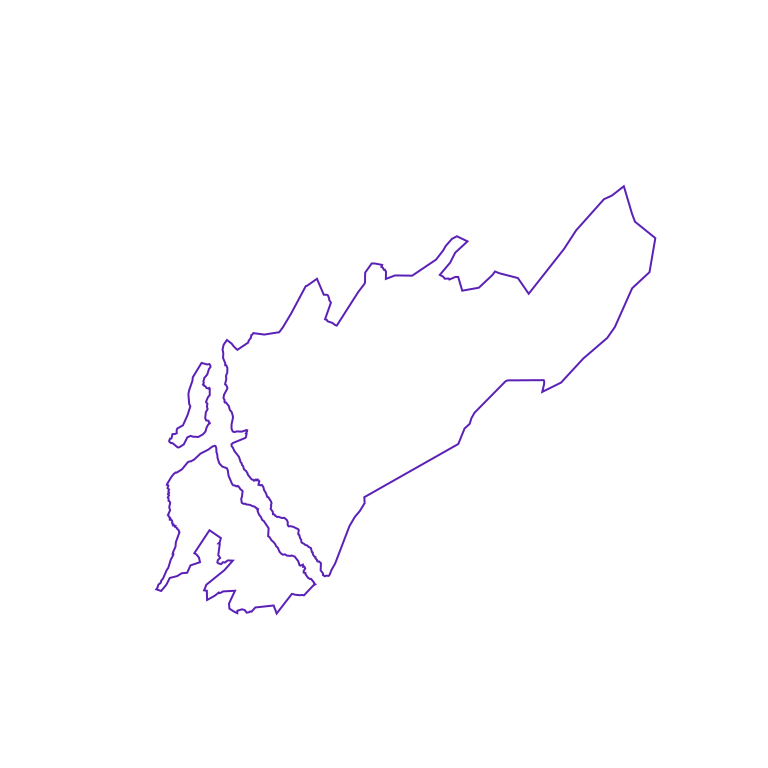 Ullensvang nor, Hordaland, Norway, rotated 302°
{"feature_id": "86288312B73350405058148", "entity_name": "Ullensvang nor", "entity_type": "district", "adm_level": 2, "iso_a3": "NOR", "parent_name": "Norway", "parent_adm1": "Hordaland", "projection": "robinson", "projection_center": [6.658, 60.244], "detail": "fine", "context": "isolated", "style": "outline", "palette": "violet", "viewbox_px": 768, "rotation_deg": 302, "n_neighbors": 0, "source": "geoboundaries", "source_scale": "gbopen_adm2", "svg_char_len": 6161}
<svg xmlns="http://www.w3.org/2000/svg" viewBox="0 0 768 768"><g transform="rotate(302 384 384)"><path d="M338.1,227.5L332.4,227.2L327.7,228.8L325.1,231.3L320.7,233.8L317.6,238.2L315.8,239.4L316.3,240.3L314.6,242.7L310.5,245.1L307.4,245.6L304.3,247.8L299.6,249.3L299.5,250.5L298.2,252.8L297.0,253.6L290.2,254.0L287.0,255.3L286.0,257.2L284.4,258.1L284.0,258.9L284.6,259.7L283.1,264.0L280.2,267.2L279.7,269.3L277.7,271.8L275.8,273.6L268.8,276.2L265.3,278.4L263.8,280.5L263.6,281.5L264.2,282.9L265.9,284.4L268.2,288.6L272.0,291.7L272.2,292.5L271.2,292.8L270.8,293.6L270.9,292.6L269.7,293.4L269.0,292.8L269.3,292.5L268.9,292.8L268.8,293.9L265.9,295.1L264.7,294.9L254.0,287.2L252.2,286.6L250.6,287.6L250.0,289.5L248.0,292.4L245.3,299.7L241.7,303.9L241.4,305.2L240.0,306.7L239.7,308.1L237.5,310.4L237.1,313.2L236.0,315.6L235.2,316.1L233.2,321.4L233.0,322.8L233.5,323.9L233.1,325.0L234.7,325.8L234.4,326.1L235.0,326.6L234.7,326.6L234.9,327.4L235.9,328.5L235.5,329.8L232.0,330.9L232.6,333.0L233.7,333.9L232.8,336.1L230.3,338.8L228.9,341.7L226.3,345.0L226.7,345.9L224.5,350.5L223.0,352.0L221.4,352.2L220.7,353.1L218.1,354.0L216.7,357.4L214.7,358.9L215.3,360.3L214.7,361.3L214.6,363.9L215.4,364.7L216.2,368.3L217.7,370.5L217.1,373.9L215.7,375.7L213.5,376.9L212.7,378.5L213.8,379.9L214.8,382.7L215.4,388.4L214.7,389.3L211.8,390.4L211.0,391.3L211.2,392.0L208.6,394.8L208.1,396.2L205.9,398.0L206.1,400.7L205.8,402.4L206.4,404.7L205.9,406.1L206.1,409.0L203.2,412.0L203.4,412.8L201.8,414.0L200.8,416.3L200.9,417.7L199.8,418.2L199.4,420.3L198.5,420.9L198.4,422.2L199.1,422.9L198.6,425.5L192.4,429.0L191.0,432.7L189.6,433.5L189.6,435.7L190.8,436.5L191.9,438.7L193.0,439.0L198.7,438.0L205.8,437.7L245.2,430.0L255.9,429.7L263.4,430.8L272.7,430.7L277.6,427.3L372.5,478.8L389.0,475.9L395.6,477.8L401.1,476.3L407.7,476.0L451.0,485.7L452.7,487.1L471.9,517.4L470.8,518.7L468.5,519.9L461.2,522.4L479.0,533.4L511.2,539.5L541.4,548.9L554.6,549.6L596.7,543.7L619.5,549.9L651.5,536.8L654.6,510.9L659.9,504.0L678.8,482.6L664.5,477.4L657.3,472.6L616.0,465.5L593.8,465.1L537.2,458.9L544.8,441.4L539.1,423.3L538.2,418.5L533.9,418.2L515.9,413.4L504.6,400.9L514.1,390.2L512.6,387.8L507.2,384.0L507.7,383.0L505.5,379.7L506.4,377.4L506.1,373.5L522.0,375.8L533.1,374.8L549.2,379.2L547.9,367.5L543.0,364.7L533.8,363.2L528.5,363.4L517.0,362.2L490.8,350.5L481.9,335.8L474.1,329.9L480.3,326.2L481.4,324.2L480.8,323.4L482.1,321.2L481.9,319.7L484.0,319.3L481.4,312.5L479.7,309.7L468.5,309.0L459.8,314.2L458.0,314.3L448.3,313.4L408.5,313.0L408.1,311.0L408.5,308.1L407.3,302.9L408.1,301.4L407.6,299.7L424.8,295.9L426.2,293.1L427.4,292.2L429.4,289.6L429.3,288.0L427.8,285.6L437.7,271.4L426.7,266.8L425.5,265.8L394.6,267.9L378.7,268.2L372.4,267.7L362.5,256.3L357.9,246.2L356.3,246.2L355.2,245.6L352.6,246.6L348.9,246.3L347.2,246.9L335.2,241.5L336.3,236.5L337.5,233.4L338.1,227.5ZM177.7,431.8L177.7,430.5L178.4,430.1L180.1,425.4L179.4,424.5L179.4,422.2L181.1,418.2L182.2,417.4L181.5,415.8L183.1,414.9L185.7,415.0L186.8,413.5L186.9,412.9L186.1,412.3L187.8,411.0L185.6,409.3L185.5,408.5L188.4,405.0L190.3,399.7L189.7,396.7L188.7,395.8L187.1,392.8L187.0,390.1L185.7,388.8L185.6,387.0L186.4,384.2L189.0,380.6L189.2,378.6L190.5,376.7L191.5,373.8L191.8,371.5L193.5,368.0L193.5,366.4L200.5,362.6L204.1,354.7L204.2,352.6L205.9,350.3L207.0,347.3L209.1,344.3L210.9,343.6L210.4,343.1L211.3,341.7L211.0,341.4L211.5,339.1L210.8,337.7L210.5,334.5L208.8,330.8L209.0,329.8L208.0,328.6L207.9,326.3L210.9,323.8L213.6,323.1L218.4,320.7L218.7,318.0L220.0,315.1L219.4,313.7L219.7,313.6L218.9,312.8L218.9,311.4L218.2,309.8L218.7,308.2L223.9,300.7L228.1,297.2L229.3,295.3L228.3,290.6L229.4,286.4L232.9,282.2L236.1,279.7L237.2,278.2L240.9,275.6L242.1,273.9L241.8,273.0L239.8,271.5L235.1,269.7L227.8,265.3L219.6,263.1L216.0,261.2L215.2,260.0L213.8,259.1L204.7,257.9L199.0,255.2L198.8,254.4L196.6,253.4L192.3,252.9L184.0,253.1L183.5,253.3L183.9,253.8L183.5,255.0L181.0,255.6L180.6,257.7L178.9,257.9L178.3,258.9L177.2,258.9L177.3,259.4L176.1,259.3L175.7,260.7L173.2,260.8L173.0,261.7L170.7,263.3L170.9,264.1L170.0,265.6L165.6,267.2L163.6,269.5L158.9,270.1L159.1,270.4L158.3,270.7L157.5,271.7L157.3,273.5L156.1,274.4L155.9,273.9L155.4,274.2L155.7,274.9L155.0,275.2L156.2,275.3L155.9,276.4L155.0,277.5L153.8,277.8L153.7,278.8L152.9,279.2L153.1,279.8L152.7,279.9L152.5,280.0L152.9,280.4L152.5,280.7L152.8,281.4L152.4,281.2L152.7,281.5L152.1,282.4L152.3,284.4L151.7,285.0L151.3,287.3L150.7,287.9L151.2,288.1L150.5,288.1L149.9,289.1L139.6,291.3L135.5,293.4L129.7,294.2L128.2,294.7L128.6,295.1L127.5,295.9L122.2,296.2L113.7,298.5L111.2,298.3L102.1,299.7L99.0,299.3L97.2,300.0L94.3,299.0L91.5,299.8L89.2,299.7L90.4,304.7L98.5,305.8L106.0,305.1L111.5,310.4L116.4,312.8L119.6,317.1L127.6,316.0L135.4,322.4L138.7,319.1L140.1,315.2L140.0,312.8L167.5,313.5L166.9,327.3L163.0,328.5L161.0,328.1L161.5,329.3L161.1,329.6L151.1,334.1L149.7,337.2L146.5,336.4L144.3,337.3L144.1,338.4L144.9,341.3L147.6,341.9L148.2,343.6L151.7,345.1L154.1,349.4L141.5,347.3L119.6,339.7L113.7,340.8L114.8,343.3L107.1,348.4L114.6,352.6L119.6,354.4L119.4,355.1L120.6,356.3L122.8,357.4L129.7,367.2L115.7,368.9L111.6,371.9L111.5,377.9L111.9,381.0L114.0,379.8L117.7,383.0L118.5,385.7L117.3,388.7L119.3,390.8L120.2,391.0L120.7,392.3L126.3,393.3L137.7,407.8L132.5,414.6L157.2,417.1L158.3,420.5L160.4,424.8L161.9,426.6L162.3,428.1L175.6,430.8L177.7,431.8ZM285.3,219.8L275.3,222.1L271.9,223.4L263.9,229.3L262.4,231.6L253.4,233.9L242.4,235.4L236.8,232.3L234.8,232.7L232.4,234.3L230.8,233.2L229.4,231.2L225.1,232.6L224.2,231.5L222.0,231.9L221.3,232.5L221.0,234.6L221.7,235.6L221.7,236.8L220.9,242.6L221.9,244.0L226.7,246.2L234.6,245.5L237.5,247.5L238.1,249.9L240.7,254.6L245.3,257.1L249.1,257.8L253.1,256.6L256.4,256.4L258.4,257.1L258.8,256.5L258.6,256.0L259.8,254.6L258.9,252.4L260.4,250.4L265.6,247.9L269.3,247.7L271.0,245.8L273.7,244.7L274.4,242.6L279.3,241.7L282.2,242.1L287.7,238.7L287.3,238.1L287.8,237.7L287.1,237.3L286.5,235.6L287.3,234.1L287.2,232.2L287.7,231.8L287.5,230.8L289.7,230.5L290.4,229.5L293.9,228.4L298.4,229.1L303.9,227.6L306.3,227.9L307.6,227.0L308.4,225.4L306.9,223.8L305.2,218.1L288.4,218.3L285.3,219.8Z" fill="none" stroke="#5b21b6" stroke-width="2"/></g></svg>